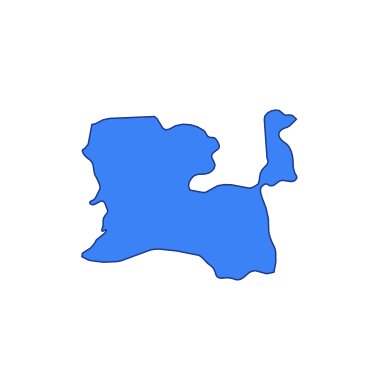 map outline of Mehedinti (Equal Earth projection), rotated 145°
{"feature_id": "ROU-124", "entity_name": "Mehedinti", "entity_type": "County", "adm_level": 1, "iso_a3": "ROU", "parent_name": "Romania", "parent_adm1": "", "projection": "equal_earth", "projection_center": [22.715, 44.596], "detail": "fine", "context": "isolated", "style": "filled", "palette": "blue", "viewbox_px": 384, "rotation_deg": 145, "n_neighbors": 0, "source": "natural_earth", "source_scale": "10m", "svg_char_len": 2629}
<svg xmlns="http://www.w3.org/2000/svg" viewBox="0 0 384 384"><g transform="rotate(145 192 192)"><path d="M235.3,304.7L231.7,303.2L223.8,302.2L217.4,299.6L179.7,275.5L179.5,275.4L178.6,272.0L179.3,261.1L177.9,258.0L174.6,256.5L167.3,255.6L160.6,252.7L154.7,248.0L150.1,242.1L147.0,235.5L146.8,233.7L147.2,230.1L147.1,228.4L146.3,226.8L142.6,223.7L142.1,221.8L142.1,218.9L142.6,215.8L143.4,213.7L144.6,212.7L146.2,212.2L152.4,211.9L154.6,211.0L156.1,208.8L156.6,204.8L157.6,201.0L160.2,198.7L163.7,197.8L167.4,197.9L171.0,199.3L177.4,203.3L181.2,204.1L184.5,203.5L188.5,201.8L191.5,198.9L192.6,194.8L183.7,185.7L181.2,183.9L167.4,182.4L161.5,179.7L155.5,175.2L143.3,162.7L140.8,161.3L137.6,160.7L133.3,160.6L131.4,161.9L125.3,168.1L121.9,170.0L114.7,171.5L112.1,173.3L111.0,176.9L91.0,210.2L88.7,212.4L84.5,213.4L80.8,213.0L76.9,211.4L73.8,208.7L72.0,202.1L70.4,200.6L68.4,199.5L66.5,197.9L65.6,196.2L65.0,193.3L64.7,191.8L69.0,191.0L74.2,190.2L76.6,190.4L80.9,191.6L83.0,191.7L84.9,191.4L86.9,190.5L88.2,188.9L89.1,186.0L88.9,183.2L88.1,180.1L86.8,176.3L86.7,173.3L87.0,170.3L87.7,167.7L88.9,164.3L90.8,160.5L94.8,154.3L96.3,150.6L97.1,147.6L97.1,145.7L97.6,144.1L98.7,143.0L101.3,142.4L103.1,142.8L104.7,143.6L110.7,149.2L111.9,150.0L113.2,150.5L115.0,150.7L120.7,150.6L122.2,150.9L123.5,151.6L124.7,152.6L125.8,155.0L126.6,156.0L127.9,156.6L129.9,156.8L132.4,156.4L134.3,155.0L136.0,152.4L137.8,147.4L140.5,136.6L144.8,126.3L152.1,115.1L154.1,109.8L155.0,106.2L155.6,103.2L155.9,100.8L156.5,98.1L157.9,94.8L163.5,86.6L170.9,79.3L177.7,82.2L185.2,91.2L188.4,92.7L191.1,93.2L199.3,92.4L202.7,92.8L204.8,93.8L206.5,95.2L207.8,97.1L209.7,99.3L212.6,101.8L217.1,104.3L219.2,106.3L220.0,108.3L219.9,110.3L219.2,112.2L218.3,116.1L218.3,118.0L218.7,120.2L219.9,124.0L220.4,126.2L221.0,131.0L221.6,133.6L222.6,136.1L238.3,152.5L251.7,164.2L255.7,166.7L259.0,168.3L289.4,176.3L293.5,178.1L304.8,185.3L314.7,194.3L316.4,196.7L319.3,202.2L316.9,204.7L307.2,204.3L302.9,205.3L300.1,206.3L297.9,207.6L286.9,208.3L284.6,209.4L284.1,210.2L285.3,210.7L286.9,210.9L288.0,211.4L288.0,212.3L284.2,215.4L282.9,217.0L281.9,218.7L279.6,221.2L276.9,222.5L273.5,223.5L272.1,224.7L271.4,226.0L271.1,227.8L269.8,232.7L269.8,234.3L270.4,235.8L271.8,236.7L273.8,237.1L277.5,237.5L279.2,237.8L280.6,238.5L281.6,239.5L282.1,240.8L281.7,242.2L280.8,242.6L277.3,242.0L274.9,242.3L265.7,247.3L264.2,249.3L263.2,252.2L262.4,256.1L261.6,261.9L261.0,263.8L257.4,271.2L256.9,273.8L257.2,276.7L258.4,280.4L258.9,283.2L259.0,285.9L258.3,288.6L257.0,289.4L255.1,289.1L249.7,290.6L235.3,304.7L235.3,304.7Z" fill="#3b82f6" stroke="#1e3a8a" stroke-width="1.5"/></g></svg>